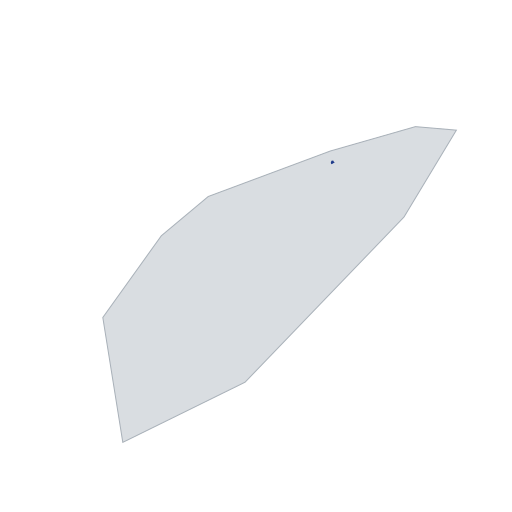 George Charles Boulevard, Castries, Saint Lucia (highlighted), rotated 42°
{"feature_id": "8701671B10607749601803", "entity_name": "George Charles Boulevard", "entity_type": "district", "adm_level": 2, "iso_a3": "LCA", "parent_name": "Saint Lucia", "parent_adm1": "Castries", "projection": "equal_earth", "projection_center": [-60.987, 14.005], "detail": "fine", "context": "in_parent", "style": "filled", "palette": "blue", "viewbox_px": 512, "rotation_deg": 42, "n_neighbors": 0, "source": "geoboundaries", "source_scale": "gbopen_adm2", "svg_char_len": 578}
<svg xmlns="http://www.w3.org/2000/svg" viewBox="0 0 512 512"><g transform="rotate(42 256 256)"><path d="M332.3,357.1L281.7,483.6L183.3,404.2L172.1,304.3L180.7,243.7L241.0,128.2L287.9,53.2L320.7,28.4L339.9,128.0L332.3,357.1Z" fill="#d9dde1" stroke="#a8b0b8" stroke-width="1"/><path d="M250.8,134.6L250.7,134.6L250.4,134.5L250.1,134.5L250.0,134.4L249.9,134.4L249.7,134.3L249.2,134.9L249.3,135.1L249.4,135.3L249.5,135.5L249.6,135.9L249.8,136.1L250.2,136.4L250.3,136.4L250.4,136.1L250.6,135.4L250.7,134.8L250.8,134.6Z" fill="#3b82f6" stroke="#1e3a8a" stroke-width="1.5"/></g></svg>